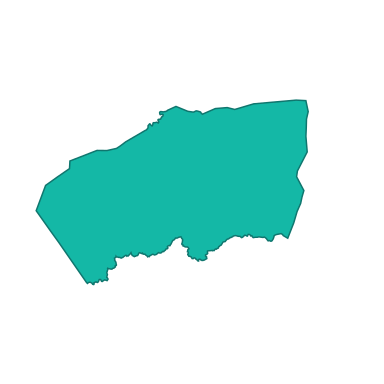 the district of Teshig, Bulgan, Mongolia, rotated 150°
{"feature_id": "93677404B98816227720270", "entity_name": "Teshig", "entity_type": "district", "adm_level": 2, "iso_a3": "MNG", "parent_name": "Mongolia", "parent_adm1": "Bulgan", "projection": "mercator", "projection_center": [103.202, 50.045], "detail": "fine", "context": "isolated", "style": "filled", "palette": "teal", "viewbox_px": 384, "rotation_deg": 150, "n_neighbors": 0, "source": "geoboundaries", "source_scale": "gbopen_adm2", "svg_char_len": 5990}
<svg xmlns="http://www.w3.org/2000/svg" viewBox="0 0 384 384"><g transform="rotate(150 192 192)"><path d="M56.4,197.9L51.2,203.5L47.7,214.2L55.9,219.5L94.5,237.5L113.7,242.1L119.3,247.5L130.1,252.6L143.6,254.1L144.0,254.1L144.2,254.5L144.3,254.6L144.3,255.1L144.3,255.3L144.6,255.7L144.6,255.9L144.7,256.3L144.6,256.7L144.6,257.0L144.9,257.3L145.1,257.6L145.2,257.8L145.7,258.1L146.0,258.5L146.3,258.9L147.3,259.8L147.7,260.1L148.0,260.2L148.6,260.3L149.6,260.3L150.9,260.5L155.3,264.0L163.1,274.1L172.4,275.0L172.7,274.8L172.9,274.8L173.8,274.8L174.1,274.8L174.4,274.9L174.8,275.0L175.1,275.1L175.7,275.4L176.2,275.5L176.9,275.8L177.3,276.1L178.0,276.7L179.1,277.4L179.3,277.4L179.9,277.3L180.1,277.2L180.5,276.7L180.8,275.8L180.9,275.2L180.9,274.9L180.3,274.6L179.2,274.4L178.6,274.1L178.4,273.8L178.3,273.6L178.3,273.3L178.4,273.1L179.6,272.2L179.8,272.1L180.5,272.2L180.8,272.1L181.0,272.1L182.7,270.8L182.9,270.8L183.1,270.9L183.6,271.2L184.4,271.5L184.7,271.7L184.9,271.7L185.3,271.6L185.5,271.3L185.6,271.0L185.5,270.2L185.6,269.9L185.6,269.7L185.8,269.3L185.9,269.1L186.7,268.6L186.8,268.7L186.9,268.8L187.3,269.6L187.5,269.9L187.8,270.1L188.0,270.2L188.6,270.3L189.3,270.5L190.5,271.2L190.8,271.3L191.1,271.2L191.4,271.1L191.8,270.5L192.3,269.9L193.0,269.4L193.2,269.2L193.6,269.2L193.7,269.3L193.8,269.5L194.0,270.0L194.2,271.0L194.3,271.9L194.4,272.1L194.6,272.2L195.0,272.1L195.5,271.9L196.6,271.5L196.8,271.4L197.0,271.3L197.1,271.1L197.4,270.5L197.5,270.2L198.3,269.4L199.2,269.0L199.6,268.9L200.3,268.6L201.0,268.6L201.8,268.7L224.2,268.6L231.5,267.7L235.6,267.5L244.9,270.4L253.5,275.5L282.2,279.9L286.4,273.5L301.2,272.3L315.5,270.9L336.3,253.7L334.0,228.9L332.6,215.1L328.7,167.5L328.7,167.1L328.3,165.1L327.0,165.3L326.1,165.2L325.2,164.7L324.8,164.0L324.5,163.6L324.2,162.8L324.2,161.8L323.6,161.1L323.2,161.0L322.5,161.8L322.5,162.3L322.1,162.4L320.1,162.2L319.9,162.0L319.7,161.6L319.3,161.0L318.8,160.9L317.8,161.2L316.1,162.6L315.8,162.5L314.9,161.9L315.0,159.9L314.6,159.4L311.7,159.6L310.5,158.5L310.2,158.0L310.0,157.9L309.8,157.7L309.6,157.8L309.2,158.0L308.3,158.5L308.2,158.9L308.2,159.6L308.3,160.4L308.5,160.7L308.0,161.2L307.8,161.7L307.0,162.3L306.6,162.6L306.4,163.7L306.2,164.6L305.7,165.2L305.3,165.4L305.1,165.8L303.7,166.9L303.4,167.9L303.1,168.1L302.9,167.7L300.8,165.8L299.8,165.2L298.9,165.5L297.7,165.1L296.9,165.3L296.0,165.4L295.8,165.5L295.6,166.3L295.4,166.5L295.2,166.5L294.4,166.3L294.1,166.4L293.8,166.9L293.7,167.7L293.2,168.5L293.2,169.1L292.9,170.1L293.2,171.1L293.2,171.4L292.8,171.7L292.2,173.5L290.8,173.5L290.0,174.3L290.0,173.8L289.7,173.4L289.0,172.9L288.0,171.8L287.2,171.5L286.8,170.7L286.2,170.1L285.3,170.1L284.6,169.9L283.4,170.2L282.6,170.2L281.7,170.3L281.2,170.3L280.6,170.0L280.4,169.6L280.5,169.0L280.1,169.0L279.5,168.7L279.2,168.5L278.1,168.9L276.4,169.3L275.2,169.9L275.4,169.0L275.5,166.9L274.3,165.1L274.3,164.9L273.5,164.8L272.9,164.6L272.4,164.7L272.1,164.6L271.4,164.3L270.8,164.2L270.0,164.6L268.7,165.6L267.7,165.6L266.1,163.6L265.5,163.8L265.3,162.6L264.9,162.3L263.7,161.5L263.7,160.8L263.3,159.9L262.8,158.8L262.8,158.1L262.4,158.2L262.0,158.0L261.7,157.8L261.5,157.4L261.2,157.5L260.6,157.9L260.0,157.8L259.4,157.7L258.6,157.9L258.0,157.9L257.6,157.7L257.1,157.7L256.5,157.1L256.1,156.3L255.2,156.0L254.3,155.8L253.0,155.9L252.4,156.1L251.7,156.1L251.2,156.2L250.8,155.6L250.2,155.1L249.7,154.9L248.7,154.7L247.7,155.1L247.2,155.2L246.5,154.6L246.2,154.5L245.4,154.9L244.9,154.9L244.0,155.0L243.3,155.6L242.8,155.5L242.3,155.5L241.8,155.2L240.8,155.6L240.9,156.5L240.8,156.8L240.4,157.2L239.0,157.2L238.0,156.5L237.7,156.6L237.0,157.3L236.4,157.3L236.1,157.5L233.2,159.5L232.7,159.5L232.4,159.7L231.5,159.5L230.2,159.9L229.4,160.4L229.0,160.2L228.5,159.8L227.4,159.4L226.4,159.5L224.0,158.8L224.1,156.8L223.8,156.1L224.1,154.9L224.6,154.6L225.1,153.8L226.3,152.5L226.8,152.2L226.9,151.6L226.8,151.1L226.3,150.8L226.3,150.5L226.7,149.7L226.0,149.1L225.6,148.2L224.9,147.5L223.5,146.7L223.1,146.0L223.0,144.5L223.1,144.3L223.3,144.2L224.3,144.2L225.8,142.6L225.5,142.3L225.4,142.0L225.6,141.2L225.7,140.9L226.7,140.3L227.0,139.9L227.0,139.4L226.8,139.1L226.7,138.7L226.8,138.4L226.9,138.0L225.7,137.0L225.4,136.6L225.2,135.7L225.2,134.3L224.4,133.7L223.5,133.9L222.9,133.8L222.3,132.9L222.3,132.4L222.2,132.4L222.1,132.1L221.7,130.8L221.4,130.2L221.5,129.6L221.4,129.5L221.0,129.3L220.8,129.0L219.9,130.2L219.1,130.1L218.5,129.6L218.4,129.4L218.4,128.8L218.0,128.5L217.8,128.2L217.7,127.8L216.7,127.2L216.4,127.3L215.8,127.0L215.3,126.9L212.5,126.9L212.2,127.3L212.3,127.6L212.3,127.9L211.8,128.6L212.2,129.2L212.3,129.8L211.9,130.3L211.8,130.7L211.2,130.8L210.5,130.6L210.1,130.6L209.6,130.9L209.1,131.0L208.9,131.6L208.8,131.8L208.6,132.5L208.3,132.8L208.1,133.1L207.7,133.1L205.4,132.0L203.6,131.2L203.5,130.8L202.8,130.7L202.5,130.5L202.1,130.2L201.9,130.3L201.4,130.6L200.2,130.9L199.5,130.3L198.7,130.5L197.7,130.3L197.2,130.3L196.3,131.2L196.0,131.3L195.6,131.2L194.0,131.6L193.2,131.4L190.5,133.0L189.6,133.1L188.2,132.5L187.7,132.6L187.0,133.0L185.3,133.5L184.9,133.5L183.8,133.1L182.1,133.4L181.6,133.4L181.3,133.1L180.1,133.1L179.2,132.9L178.3,133.2L177.8,133.1L175.9,132.4L175.6,132.1L174.2,130.6L172.5,129.5L172.0,127.8L171.7,127.7L171.0,127.5L169.5,127.8L169.3,128.0L168.5,128.0L168.0,128.2L167.4,127.8L166.7,127.0L166.6,126.6L166.3,126.2L166.0,126.1L164.6,127.2L163.7,126.7L163.2,126.1L163.1,125.6L163.2,124.7L162.3,124.4L162.1,124.3L162.0,124.0L162.2,123.5L161.8,121.9L159.7,121.1L158.2,120.2L156.5,119.7L153.2,117.1L152.1,116.9L151.7,116.6L151.6,116.3L150.9,114.6L150.8,113.4L150.5,111.6L149.4,111.4L148.4,110.0L147.9,109.8L147.5,109.7L147.0,109.8L144.9,110.9L143.9,111.9L143.4,112.2L143.1,112.8L142.9,113.0L141.3,113.2L140.6,113.0L140.3,113.0L135.6,111.4L135.0,110.2L134.8,109.9L134.8,108.7L132.2,104.1L119.3,114.4L110.7,122.6L103.6,127.8L99.3,132.6L94.4,137.3L93.8,152.9L90.2,157.5L72.2,169.1L65.5,183.3L60.8,190.7L56.4,197.9Z" fill="#14b8a6" stroke="#0f766e" stroke-width="1.5"/></g></svg>